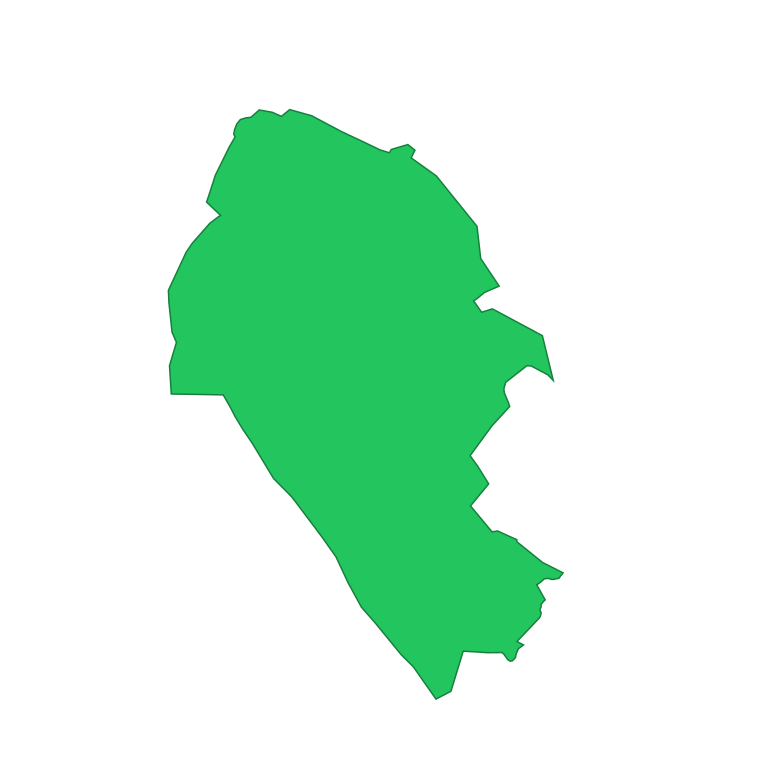 Maigatari, Jigawa, Nigeria, rotated 231°
{"feature_id": "59680162B93100308813933", "entity_name": "Maigatari", "entity_type": "district", "adm_level": 2, "iso_a3": "NGA", "parent_name": "Nigeria", "parent_adm1": "Jigawa", "projection": "albers", "projection_center": [9.515, 12.698], "detail": "fine", "context": "isolated", "style": "filled", "palette": "green", "viewbox_px": 768, "rotation_deg": 231, "n_neighbors": 0, "source": "geoboundaries", "source_scale": "gbopen_adm2", "svg_char_len": 1850}
<svg xmlns="http://www.w3.org/2000/svg" viewBox="0 0 768 768"><g transform="rotate(231 384 384)"><path d="M510.1,212.4L507.0,216.1L488.4,238.3L482.6,245.2L476.7,252.2L462.0,249.8L452.5,247.8L437.1,245.7L421.5,244.4L380.0,238.7L355.1,241.2L345.7,241.0L304.3,239.5L279.9,237.9L252.1,231.0L224.8,226.0L203.9,226.8L162.6,227.0L145.8,228.8L106.4,226.1L103.1,242.7L126.5,277.4L117.9,286.9L110.0,295.4L104.0,302.9L101.1,306.7L98.3,307.1L92.0,306.7L89.3,307.5L88.1,309.5L88.3,312.2L88.7,314.1L90.9,316.6L93.7,321.9L93.4,328.2L95.1,327.4L95.8,327.2L96.6,326.8L97.2,326.6L100.2,325.2L104.4,357.5L105.1,359.2L106.3,361.1L107.6,362.3L109.4,362.6L110.7,363.4L111.9,365.8L113.8,367.3L114.6,370.8L114.8,373.4L132.1,376.4L131.5,378.6L131.5,382.1L131.7,386.0L129.6,389.3L126.6,391.3L125.1,393.3L124.4,395.1L123.8,396.1L123.0,397.3L123.1,398.8L123.7,400.2L123.9,401.9L124.5,404.3L145.5,394.9L177.7,388.0L179.5,389.2L189.6,384.1L198.3,379.8L201.1,374.9L234.8,374.5L240.5,402.5L251.6,403.9L261.3,405.1L274.1,405.8L279.7,427.0L283.6,441.8L286.0,458.2L287.4,467.5L291.3,469.0L296.1,470.4L300.6,471.7L302.4,472.6L304.4,473.8L306.2,476.0L308.7,479.7L308.3,506.6L305.3,509.7L288.0,517.1L280.3,517.8L321.9,537.5L374.2,515.5L378.3,505.1L380.2,505.2L382.1,505.3L383.9,505.4L386.5,505.6L388.9,505.8L390.1,505.8L392.1,505.8L391.8,510.9L391.9,519.7L387.6,535.1L420.6,538.1L448.0,555.5L512.8,555.6L542.6,547.4L546.2,555.2L555.1,553.2L561.7,537.2L560.3,533.7L568.4,528.3L585.2,520.3L607.6,509.5L638.0,496.6L656.6,483.4L656.6,472.6L665.3,468.3L675.5,459.5L675.0,448.5L677.7,444.2L679.9,438.8L678.8,433.4L675.8,428.1L672.7,424.4L669.8,423.9L665.7,413.2L652.4,384.3L643.8,371.2L637.0,360.6L617.7,363.1L618.2,360.5L618.5,349.7L614.1,323.8L611.0,313.3L592.5,275.4L582.5,268.0L557.7,251.9L547.0,248.9L533.2,228.8L510.1,212.4Z" fill="#22c55e" stroke="#15803d" stroke-width="1.5"/></g></svg>